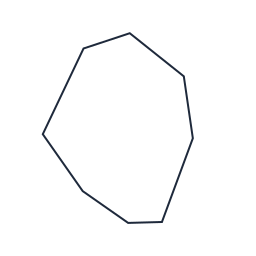 Rose Island, United States of America (orthographic projection), rotated 36°
{"feature_id": "52423323B32289273643205", "entity_name": "Rose Island", "entity_type": "district", "adm_level": 2, "iso_a3": "USA", "parent_name": "United States of America", "parent_adm1": "", "projection": "orthographic", "projection_center": [-168.153, -14.542], "detail": "fine", "context": "isolated", "style": "outline", "palette": "slate", "viewbox_px": 256, "rotation_deg": 36, "n_neighbors": 0, "source": "geoboundaries", "source_scale": "gbopen_adm2", "svg_char_len": 264}
<svg xmlns="http://www.w3.org/2000/svg" viewBox="0 0 256 256"><g transform="rotate(36 128 128)"><path d="M45.3,89.8L62.7,183.1L128.5,205.7L183.9,204.7L210.7,184.1L186.5,98.2L142.8,53.4L73.7,50.3L45.3,89.8Z" fill="none" stroke="#1e293b" stroke-width="2"/></g></svg>